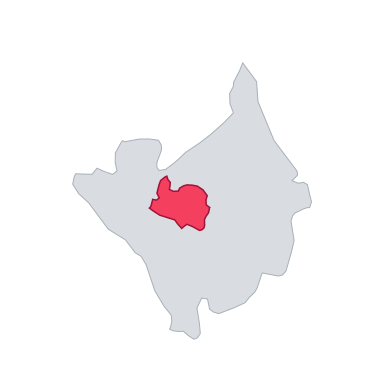 where Kolašin sits in Montenegro, rotated 199°
{"feature_id": "MNE-1512", "entity_name": "Kolašin", "entity_type": "Municipality", "adm_level": 1, "iso_a3": "MNE", "parent_name": "Montenegro", "parent_adm1": "", "projection": "albers", "projection_center": [19.443, 42.798], "detail": "fine", "context": "in_parent", "style": "filled", "palette": "rose", "viewbox_px": 384, "rotation_deg": 199, "n_neighbors": 0, "source": "natural_earth", "source_scale": "10m", "svg_char_len": 1918}
<svg xmlns="http://www.w3.org/2000/svg" viewBox="0 0 384 384"><g transform="rotate(199 192 192)"><path d="M168.6,55.0L168.3,57.0L168.9,63.0L171.5,68.8L181.1,74.8L195.1,86.6L211.6,108.2L219.2,114.6L226.0,116.1L239.4,125.1L248.7,127.2L259.1,129.6L286.3,148.2L298.6,153.5L307.3,160.5L308.3,167.1L308.0,171.3L292.3,176.2L289.6,183.6L282.0,182.8L272.8,182.8L269.8,187.5L274.3,195.1L277.2,204.1L275.0,216.4L274.3,218.0L272.0,217.6L259.1,224.9L249.4,228.3L240.7,230.0L236.5,226.6L234.5,221.9L234.8,208.4L233.2,203.8L230.2,201.6L224.3,204.8L217.3,215.3L210.9,227.5L201.2,240.2L193.2,252.3L184.5,267.7L178.6,280.4L184.7,287.5L188.5,297.5L187.3,305.0L188.4,309.3L186.5,322.4L186.1,330.6L166.9,317.4L159.0,298.9L131.2,267.4L99.4,245.9L97.7,242.5L99.5,238.4L101.1,235.2L94.4,234.9L89.7,237.4L85.3,236.6L80.4,228.6L75.8,221.6L75.7,215.5L77.8,214.8L81.0,212.4L87.8,205.7L89.2,202.1L88.9,196.7L79.7,179.5L78.5,168.5L77.4,147.8L79.4,143.0L82.9,140.7L99.3,138.3L99.2,122.2L100.2,117.4L103.6,110.8L105.7,104.7L114.8,96.0L127.2,85.7L132.5,85.5L137.2,86.9L142.5,95.9L148.3,94.8L149.6,84.0L142.1,69.9L138.1,60.9L139.4,55.9L142.2,53.4L148.7,55.0L154.9,57.5L158.8,55.9L165.0,54.6L168.6,55.0Z" fill="#d9dde1" stroke="#a8b0b8" stroke-width="1"/><path d="M170.2,183.1L170.3,182.9L169.6,177.7L170.8,173.7L171.2,169.9L170.0,166.7L169.2,164.6L169.0,161.9L170.3,159.5L172.4,158.1L180.2,159.5L186.3,159.8L188.3,157.0L189.9,154.2L190.2,154.4L195.2,157.2L199.2,160.0L206.8,159.8L214.9,159.6L219.4,160.7L222.6,161.5L227.1,162.9L226.2,164.9L226.7,171.9L226.8,172.2L222.9,172.8L221.1,175.9L222.9,177.6L224.7,179.3L225.1,182.9L225.5,188.3L225.4,192.6L222.7,197.0L221.0,198.8L218.6,195.7L215.7,194.1L214.8,190.6L214.2,187.0L209.7,186.6L205.3,188.4L204.9,191.7L202.0,195.1L199.0,197.1L194.2,198.5L189.0,199.3L182.3,197.6L181.2,196.8L176.4,193.5L176.3,191.0L176.2,189.1L174.4,184.5L170.2,183.1Z" fill="#f43f5e" stroke="#9f1239" stroke-width="1.5"/></g></svg>